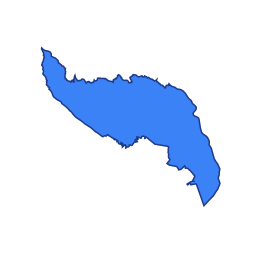 outline of Tabalong, Kalimantan Selatan, Indonesia, rotated 283°
{"feature_id": "22746128B29828162207979", "entity_name": "Tabalong", "entity_type": "district", "adm_level": 2, "iso_a3": "IDN", "parent_name": "Indonesia", "parent_adm1": "Kalimantan Selatan", "projection": "orthographic", "projection_center": [115.6, -1.837], "detail": "fine", "context": "isolated", "style": "filled", "palette": "blue", "viewbox_px": 256, "rotation_deg": 283, "n_neighbors": 0, "source": "geoboundaries", "source_scale": "gbopen_adm2", "svg_char_len": 5939}
<svg xmlns="http://www.w3.org/2000/svg" viewBox="0 0 256 256"><g transform="rotate(283 128 128)"><path d="M180.3,158.0L179.5,157.9L179.0,158.3L178.7,158.3L178.5,157.7L178.7,157.2L178.2,155.9L176.8,155.4L175.6,155.5L175.3,154.9L176.2,153.9L176.6,153.1L177.3,152.3L177.4,151.5L177.3,150.0L177.6,149.6L178.2,149.3L178.5,148.7L178.3,148.1L179.1,147.4L179.7,146.1L179.7,145.5L180.6,145.1L181.5,145.1L180.8,144.7L179.8,143.1L180.3,142.2L180.2,141.9L181.0,140.7L180.8,139.6L181.1,139.0L181.0,138.5L181.9,136.7L181.2,135.6L181.8,135.1L182.1,134.4L182.1,133.8L181.8,133.0L182.4,132.8L182.5,132.5L181.5,132.1L181.1,131.2L181.1,130.7L181.8,130.3L182.0,129.8L180.7,127.9L180.2,126.5L180.3,125.8L181.4,123.9L181.2,122.3L181.3,121.5L181.1,121.0L180.9,120.8L180.3,121.0L179.1,119.7L178.7,119.6L178.2,119.2L178.0,118.7L177.7,118.5L177.3,118.6L176.9,119.1L176.1,119.4L175.3,120.6L174.4,121.1L174.1,121.1L173.9,120.8L173.4,121.3L172.4,119.7L172.3,118.6L173.3,118.0L174.2,116.7L174.1,115.2L173.6,114.4L173.6,112.5L174.1,111.5L174.8,110.8L175.5,110.5L175.4,110.2L175.7,109.8L176.4,109.5L176.6,108.8L177.1,108.5L177.6,107.7L177.7,106.6L177.0,106.6L176.7,106.1L176.2,106.4L175.6,106.3L175.4,106.1L174.3,105.9L173.9,105.6L173.4,105.5L173.6,104.6L172.4,104.2L172.1,103.2L171.5,102.9L171.2,102.9L171.1,103.2L170.4,103.0L170.2,103.2L169.7,102.9L169.3,103.1L169.7,101.6L169.5,100.7L169.6,99.4L169.5,99.1L169.8,98.4L169.7,97.2L170.2,96.9L170.3,96.4L170.6,96.4L170.7,95.5L171.1,95.1L171.1,94.7L170.7,94.1L171.0,93.5L170.2,91.0L170.4,89.8L169.9,88.5L170.0,87.7L169.9,87.4L169.5,87.4L169.3,87.2L168.0,87.2L167.2,86.8L166.6,85.9L166.7,84.8L167.1,84.3L165.4,84.3L164.3,83.5L164.5,82.9L163.7,82.4L163.7,81.2L164.0,80.4L164.4,80.0L164.2,79.7L164.4,78.9L163.8,78.0L163.0,77.5L162.7,77.5L162.4,76.9L163.8,76.0L164.1,75.2L164.9,74.7L165.4,74.0L165.5,73.7L165.4,72.3L163.7,71.1L163.3,69.7L163.0,69.6L162.7,68.9L162.7,68.0L163.6,67.4L164.6,65.9L167.3,64.5L165.8,64.3L163.6,64.4L163.3,64.2L163.0,64.6L162.6,64.5L162.4,64.1L162.0,64.6L161.1,64.7L161.2,64.9L161.0,65.3L160.6,65.0L160.6,64.2L161.4,63.2L161.8,63.1L161.9,62.8L160.8,62.2L160.1,62.3L159.8,62.1L160.5,61.4L160.4,60.8L160.2,60.5L160.4,60.1L160.2,59.7L160.6,58.7L160.6,58.4L160.8,58.1L160.7,57.7L161.1,57.7L161.6,56.8L162.0,56.7L162.1,56.2L162.0,55.8L162.6,55.7L163.3,55.1L163.7,55.1L164.0,54.9L164.8,54.9L166.1,54.5L166.8,54.9L167.3,54.6L168.8,54.6L169.2,54.5L169.9,53.7L171.2,53.7L172.0,53.6L171.9,53.2L172.1,53.1L172.4,52.3L173.7,51.4L173.5,50.0L173.9,49.4L174.5,49.0L174.8,47.8L175.6,46.9L175.6,45.9L175.9,45.5L177.4,45.1L177.9,44.7L179.5,42.1L179.9,41.1L180.4,37.7L180.7,37.2L182.8,36.6L184.2,35.5L184.9,33.5L184.9,29.4L185.4,27.8L186.6,25.9L185.9,25.9L185.2,26.3L182.2,28.7L180.7,29.4L180.3,29.2L179.8,29.2L179.3,30.1L178.9,30.2L178.4,30.1L177.9,30.6L177.7,30.4L176.1,30.2L175.7,30.3L175.5,30.2L174.2,30.5L172.5,29.8L170.7,30.1L170.5,29.8L169.8,29.8L169.1,30.8L167.8,31.7L167.2,31.8L166.7,31.7L165.8,31.8L164.6,33.0L161.5,32.9L161.2,33.5L160.4,34.4L159.6,36.0L159.1,36.2L158.7,36.7L157.3,37.2L156.3,38.1L156.1,38.6L155.9,38.6L155.6,38.1L155.2,38.0L153.9,38.6L151.9,38.8L151.4,39.2L151.2,40.0L150.5,40.9L150.1,41.0L150.1,41.8L149.6,42.1L149.6,42.4L149.3,42.6L148.9,42.6L148.1,42.2L147.1,44.1L145.9,45.3L144.6,46.4L143.3,47.1L141.6,48.5L139.7,52.4L139.0,55.2L138.4,56.9L137.0,57.9L134.8,62.8L134.1,63.8L133.7,64.7L131.8,67.2L130.8,69.4L129.2,71.2L126.7,74.8L124.5,80.7L122.0,85.8L121.4,88.0L121.0,88.7L120.1,91.5L117.8,95.9L117.3,96.4L116.5,99.1L113.9,104.9L114.1,106.0L115.1,106.7L115.2,108.5L116.9,109.4L116.5,110.0L116.7,110.4L116.2,110.8L116.3,111.2L114.8,115.1L114.9,115.6L114.5,116.1L114.3,116.6L113.5,117.5L113.6,117.8L114.2,116.9L114.5,117.3L113.5,119.8L113.6,120.2L112.4,120.2L113.0,121.0L111.9,121.6L111.7,121.9L110.8,122.2L110.5,123.6L110.9,124.1L110.6,124.2L110.5,124.5L110.9,125.1L110.9,125.7L112.1,124.9L111.8,126.1L111.6,126.4L109.7,126.0L109.9,126.6L110.4,126.7L110.4,126.9L109.5,126.8L109.4,127.4L108.7,127.0L108.4,127.0L109.6,127.9L109.9,127.6L110.1,127.7L110.3,128.4L110.6,128.3L111.0,128.9L110.9,129.3L110.0,130.1L108.0,130.3L108.3,130.7L108.9,130.7L109.5,131.6L109.4,132.2L110.2,133.1L110.7,133.2L111.5,133.0L111.9,133.8L111.8,135.1L112.1,135.7L112.5,136.1L113.8,136.4L114.0,136.7L115.2,137.0L115.8,138.0L116.8,140.3L117.0,140.2L116.9,139.4L117.1,139.1L117.0,138.4L117.5,137.7L118.5,137.7L118.6,139.5L119.3,140.3L119.5,140.2L119.3,139.9L119.6,139.0L119.8,139.0L120.4,139.6L120.9,138.8L121.5,138.7L121.5,138.9L121.3,139.1L121.4,140.4L121.1,140.9L121.2,141.7L120.9,142.6L121.3,143.3L122.6,143.2L123.1,143.8L123.6,145.0L123.6,145.4L123.1,146.2L122.6,146.6L121.7,146.7L122.0,147.2L122.5,147.4L123.2,147.3L123.3,147.8L118.3,157.8L119.1,171.2L118.8,171.8L116.7,171.9L114.9,172.4L113.3,172.5L112.1,173.3L108.8,174.0L108.0,174.4L107.5,175.0L107.1,175.8L106.8,176.0L105.3,175.5L103.2,174.4L102.1,174.0L101.2,176.6L101.4,184.1L99.8,186.0L98.6,186.7L99.1,188.0L99.8,189.0L103.8,191.7L102.8,192.7L101.9,192.7L101.7,193.1L102.0,193.6L102.1,195.0L101.6,196.3L100.9,197.0L100.9,197.7L96.1,204.0L91.9,203.0L91.0,204.0L90.9,203.1L89.1,200.6L87.3,198.9L86.9,198.7L87.0,198.4L86.4,198.3L86.0,199.0L87.4,200.0L88.0,200.8L87.7,201.3L86.8,202.0L88.9,206.7L88.0,207.7L69.4,219.5L76.4,223.5L80.9,226.3L86.8,228.4L88.3,229.1L94.5,230.1L95.6,229.6L98.8,227.5L100.0,227.1L102.7,227.4L105.6,226.8L108.8,226.7L109.4,226.0L110.2,225.6L113.1,223.4L115.2,221.0L117.6,218.8L126.6,213.9L127.8,213.0L129.9,210.8L131.0,210.5L131.9,210.5L133.5,210.0L135.4,208.7L137.3,206.7L138.0,205.2L138.9,202.6L139.8,201.3L140.6,200.5L144.6,198.4L152.3,195.3L153.5,194.6L153.8,194.1L154.2,192.9L154.8,189.6L155.5,188.8L156.4,188.3L157.4,188.2L161.1,190.0L161.8,190.1L163.2,189.9L164.3,189.2L166.4,185.2L167.9,184.2L169.0,183.3L170.2,180.9L171.0,179.8L174.7,176.0L176.4,173.4L177.2,171.2L177.3,169.6L177.0,167.1L178.2,164.6L178.4,161.3L179.2,159.5L179.8,158.8L180.0,158.3L180.3,158.0Z" fill="#3b82f6" stroke="#1e3a8a" stroke-width="1.5"/></g></svg>